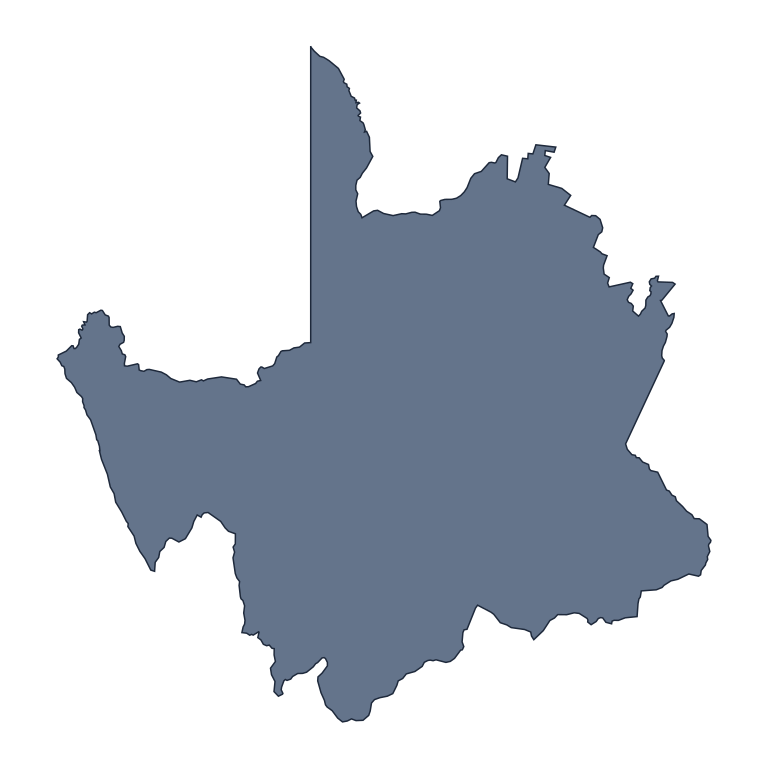 Northern Cape, Mercator projection
{"feature_id": "ZAF-1188", "entity_name": "Northern Cape", "entity_type": "Province", "adm_level": 1, "iso_a3": "ZAF", "parent_name": "South Africa", "parent_adm1": "", "projection": "mercator", "projection_center": [20.625, -28.845], "detail": "fine", "context": "isolated", "style": "filled", "palette": "slate", "viewbox_px": 768, "rotation_deg": 0, "n_neighbors": 0, "source": "natural_earth", "source_scale": "10m", "svg_char_len": 6064}
<svg xmlns="http://www.w3.org/2000/svg" viewBox="0 0 768 768"><path d="M100.9,310.2L102.4,310.5L105.2,314.9L108.4,316.1L109.1,317.5L109.2,325.1L110.8,327.0L113.1,327.4L117.7,326.3L120.3,326.6L122.2,333.0L124.3,336.3L124.2,340.4L123.6,342.3L120.0,344.3L118.8,346.5L121.3,350.6L122.3,353.9L124.9,354.8L125.7,356.6L124.4,363.3L124.5,365.8L127.2,366.2L137.5,363.8L138.6,364.6L139.2,370.0L140.8,370.7L144.0,371.3L146.9,369.6L149.3,369.4L161.3,372.1L166.4,374.8L170.8,378.5L179.6,382.1L189.9,380.3L196.3,381.8L201.5,379.8L203.4,380.9L207.6,379.0L221.5,376.9L236.5,379.2L240.3,384.1L244.2,384.9L245.7,386.8L248.5,386.7L255.6,383.5L257.4,381.2L260.7,380.5L257.5,373.0L259.0,368.9L260.8,367.0L261.8,367.0L264.3,368.5L272.7,365.9L274.7,363.6L276.8,357.0L278.4,355.7L280.9,351.5L282.3,350.8L289.5,350.3L293.9,347.9L299.5,347.1L304.6,343.0L310.7,342.6L310.7,46.1L311.1,47.4L314.2,51.1L319.8,56.3L323.6,57.3L329.1,60.7L338.4,68.4L344.2,79.2L343.4,81.7L344.1,82.8L346.8,84.2L347.1,86.8L349.4,88.4L348.9,90.7L351.2,96.3L354.5,98.0L355.2,100.3L356.3,100.2L355.9,102.7L358.5,102.3L359.5,103.1L357.3,104.5L356.9,105.8L356.7,108.0L360.0,110.9L360.6,113.0L358.1,115.4L358.4,116.2L360.5,117.1L359.9,120.6L363.1,122.9L363.8,124.4L365.3,129.7L364.5,132.0L366.6,131.3L369.4,137.3L370.1,151.5L372.8,156.4L366.5,168.0L362.3,173.3L360.2,177.4L357.0,180.2L355.8,185.5L355.8,189.9L357.7,193.8L356.0,201.1L356.5,206.5L358.2,211.7L360.8,214.4L362.0,217.8L373.6,210.9L377.6,210.3L383.6,213.5L393.1,215.6L401.7,213.7L405.7,213.9L411.8,212.3L415.1,212.2L420.3,214.1L426.5,214.2L432.3,215.4L439.4,210.7L440.5,207.8L439.8,201.3L440.7,200.5L444.9,199.4L451.9,199.3L456.5,198.2L460.7,195.6L464.3,191.9L467.1,187.6L470.8,178.3L474.5,173.7L481.3,171.4L489.1,162.7L491.4,162.3L494.7,163.0L495.9,162.5L498.4,157.6L501.4,154.8L507.5,156.2L507.2,178.8L515.4,181.9L518.0,177.9L522.6,158.3L527.8,158.8L528.2,153.4L532.9,153.9L535.9,144.8L555.8,147.1L554.1,152.2L545.3,150.6L544.8,155.5L550.6,157.4L544.8,167.4L549.2,173.5L548.3,184.4L561.8,188.4L570.7,195.4L564.4,205.2L589.9,217.3L591.7,215.5L595.7,215.7L600.1,219.4L602.7,227.8L601.8,231.8L598.3,234.6L593.4,247.4L600.3,251.9L602.0,253.8L607.1,255.7L603.6,265.1L603.3,267.9L604.1,274.1L609.3,277.6L607.6,283.1L609.1,286.9L630.4,282.2L632.8,283.7L630.8,288.3L633.1,290.2L631.0,294.0L628.7,296.3L627.2,299.7L628.5,302.3L631.3,303.5L633.3,306.1L632.7,311.0L638.5,316.1L640.4,314.1L641.7,311.3L645.1,308.0L645.8,305.4L645.9,300.1L647.8,297.0L650.1,295.6L650.9,293.8L651.0,291.7L649.8,290.7L650.2,287.6L651.5,286.0L649.8,284.3L649.3,281.8L651.1,278.9L654.6,278.2L656.0,276.3L658.5,276.2L657.4,280.8L658.0,281.9L672.6,282.4L675.1,284.1L661.8,300.3L660.5,300.5L668.3,315.9L669.5,316.0L672.1,313.9L674.2,313.5L673.9,317.4L671.9,323.4L669.6,327.3L666.0,330.3L665.6,331.4L667.2,334.0L667.0,336.5L665.4,342.4L663.4,346.2L662.0,350.6L661.7,355.8L662.3,358.1L664.3,360.4L664.1,361.3L625.6,443.9L627.3,449.3L631.9,454.7L635.3,455.3L636.3,457.6L639.2,457.8L642.6,462.0L648.5,464.5L649.4,469.0L650.9,470.6L657.7,472.2L666.5,490.0L669.3,491.1L671.9,495.1L675.3,496.8L676.4,500.7L682.7,506.6L686.6,511.2L691.9,514.7L694.2,518.6L699.4,518.8L707.0,524.5L708.1,536.4L710.9,540.3L710.5,542.2L708.7,544.4L708.5,546.0L709.8,551.5L707.3,556.6L707.7,559.5L705.8,563.0L705.4,565.0L701.2,570.5L700.6,574.8L698.5,576.2L688.8,574.0L677.8,579.3L670.9,580.9L664.0,585.3L662.2,587.4L656.3,589.8L641.3,590.9L640.3,597.0L638.9,599.0L638.0,603.7L637.1,616.6L625.2,617.8L618.4,620.4L614.1,620.3L612.1,621.1L611.6,623.8L605.9,622.3L602.7,617.9L600.6,617.6L598.3,618.5L596.2,621.5L591.1,624.7L587.7,622.0L587.9,620.1L587.2,618.5L579.2,613.4L574.2,612.8L566.7,614.7L557.7,614.6L554.5,618.0L549.9,620.5L543.3,630.6L533.8,639.7L531.5,636.0L530.7,632.0L524.6,629.5L511.2,627.6L506.8,624.9L500.3,622.7L493.8,614.3L491.0,612.2L477.6,605.2L475.5,608.1L467.0,629.3L464.1,629.8L462.9,632.6L462.1,641.9L463.8,646.6L462.3,649.8L460.6,650.2L454.5,658.4L450.3,661.4L445.9,662.4L436.0,659.8L433.1,660.7L430.1,660.1L427.8,660.5L424.3,662.3L422.2,666.4L414.9,671.5L406.3,673.9L402.7,678.5L398.2,680.9L396.8,685.5L392.8,693.6L387.3,696.2L379.8,697.7L374.5,699.6L371.5,703.0L370.2,711.0L368.7,715.4L363.0,720.3L356.0,720.6L351.5,718.9L347.3,721.0L342.5,721.9L337.7,718.1L332.2,710.7L327.2,707.1L325.5,704.8L324.4,700.3L321.0,692.7L317.7,680.9L318.0,676.9L322.1,673.1L327.4,665.9L327.4,662.4L325.5,658.6L324.2,657.6L322.1,657.9L317.6,662.6L315.6,663.7L313.3,666.8L306.6,672.2L302.6,673.4L297.7,673.5L292.6,676.5L290.7,679.1L287.0,680.4L285.3,679.5L283.9,680.8L281.6,687.1L281.2,689.8L282.9,693.4L282.5,694.2L278.4,696.2L274.0,691.6L275.0,681.5L271.5,674.7L270.5,668.2L275.4,661.5L274.1,655.0L274.2,648.6L272.0,648.3L269.3,645.1L266.6,645.7L263.4,644.3L260.9,639.9L257.8,637.6L259.0,632.2L258.6,631.8L253.2,635.1L251.6,634.4L249.7,635.2L246.7,633.2L241.9,632.6L243.1,627.0L244.6,624.1L245.0,620.3L243.7,613.0L244.6,605.8L242.9,600.5L241.0,598.8L240.4,596.8L239.1,585.4L239.6,581.5L236.9,577.9L235.3,573.6L233.0,557.8L234.6,552.1L233.1,547.1L235.3,543.9L235.4,533.8L228.5,531.3L225.2,528.0L220.7,521.4L208.1,512.5L204.2,512.9L202.2,514.7L201.1,517.2L197.2,515.0L193.8,521.5L191.9,527.9L185.4,538.7L178.9,542.0L171.8,538.2L169.3,538.1L165.8,541.5L164.1,547.4L159.8,551.5L158.7,557.5L155.2,562.3L154.6,571.3L150.8,570.1L145.0,558.6L139.9,551.4L135.9,543.4L134.1,536.1L127.9,526.6L128.2,523.5L126.4,521.4L121.7,512.0L115.7,502.2L114.1,493.6L110.3,487.0L107.4,474.2L101.5,459.3L99.4,450.7L99.9,450.7L99.4,446.2L97.7,440.5L96.7,439.8L95.9,434.8L90.6,419.8L87.0,414.9L85.5,409.9L84.0,407.6L84.1,405.7L82.6,401.8L82.7,398.5L81.5,396.6L76.9,392.5L74.6,387.2L71.4,382.6L66.5,378.4L65.0,373.7L64.8,369.1L63.8,366.5L61.8,365.7L60.2,362.2L57.1,358.8L58.3,357.1L58.3,355.0L66.3,351.1L71.7,345.7L73.1,345.8L74.0,348.5L75.2,348.6L76.6,347.4L78.7,344.3L79.4,339.4L81.2,338.0L78.6,332.8L78.7,329.7L79.9,329.1L82.0,330.2L82.7,329.6L82.8,328.6L81.7,326.2L82.3,325.1L85.0,324.9L83.6,321.7L86.6,322.1L87.1,321.2L87.6,314.7L89.6,312.7L91.6,313.9L94.3,312.2L96.2,312.7L100.9,310.2Z" fill="#64748b" stroke="#1e293b" stroke-width="1.5"/></svg>